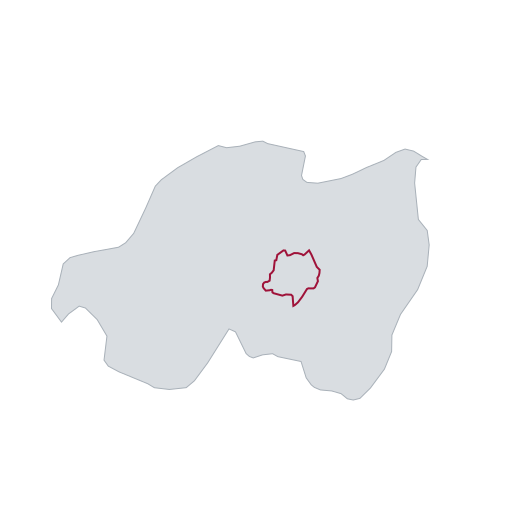 where Kigali City sits in Rwanda, rotated 28°
{"feature_id": "RWA-3495", "entity_name": "Kigali City", "entity_type": "Province", "adm_level": 1, "iso_a3": "RWA", "parent_name": "Rwanda", "parent_adm1": "", "projection": "natural_earth1", "projection_center": [30.091, -1.927], "detail": "coarse", "context": "in_parent", "style": "outline", "palette": "rose", "viewbox_px": 512, "rotation_deg": 28, "n_neighbors": 0, "source": "natural_earth", "source_scale": "10m", "svg_char_len": 1812}
<svg xmlns="http://www.w3.org/2000/svg" viewBox="0 0 512 512"><g transform="rotate(28 256 256)"><path d="M208.1,151.4L213.5,151.3L249.1,141.4L252.7,144.5L258.4,163.6L261.4,166.4L266.4,167.1L276.4,162.7L294.7,147.7L302.7,138.6L312.1,125.9L324.1,111.5L330.8,98.9L337.4,91.6L345.9,89.4L355.5,90.0L362.1,90.2L356.6,93.2L355.5,102.4L361.8,117.1L382.2,147.5L395.2,153.1L403.7,164.9L412.0,184.8L414.5,209.8L411.0,239.7L413.1,262.0L420.6,276.7L422.5,295.6L419.0,318.9L414.6,332.9L409.5,337.5L403.7,339.2L395.8,337.6L386.2,339.6L375.8,344.0L369.2,344.6L365.2,343.8L357.5,340.0L345.3,328.0L322.6,334.6L316.5,334.5L308.2,340.2L301.4,347.3L297.3,347.8L293.1,346.8L273.5,332.6L266.4,333.1L263.5,373.0L260.2,395.1L256.2,405.0L242.2,414.5L228.1,420.0L220.4,419.6L189.5,422.6L177.3,422.6L170.7,419.3L162.0,396.7L145.6,386.7L129.8,382.0L123.4,383.3L117.7,395.1L115.3,405.7L100.1,398.4L95.5,389.5L95.1,374.3L89.5,353.5L92.6,344.7L98.6,338.9L111.2,328.0L130.5,312.8L134.7,305.5L137.4,293.4L136.1,265.3L134.3,241.6L136.6,233.1L145.4,214.8L157.2,196.0L170.9,176.2L179.2,174.2L190.1,166.7L201.7,155.6L208.1,151.4Z" fill="#d9dde1" stroke="#a8b0b8" stroke-width="1"/><path d="M280.9,282.0L277.8,280.8L276.4,279.8L275.4,277.5L275.7,275.6L276.9,274.2L278.2,273.6L279.6,271.4L278.5,268.5L276.9,265.6L277.8,263.4L278.3,260.3L274.7,251.2L275.9,250.2L274.3,245.0L277.6,238.2L279.2,237.5L283.5,240.8L285.6,239.3L288.3,235.5L291.7,233.8L295.7,232.9L297.3,233.2L298.2,231.9L300.2,226.1L304.2,228.7L314.8,237.1L318.7,238.3L320.0,241.2L320.7,243.9L320.5,246.6L322.5,249.2L322.8,256.0L322.0,257.6L317.4,260.0L316.5,261.2L315.9,270.3L314.8,277.2L313.5,280.7L312.4,282.5L307.2,274.3L305.2,273.7L300.5,275.9L297.9,278.6L289.0,280.6L287.6,280.4L286.3,278.4L285.1,278.8L284.2,279.8L280.9,282.0Z" fill="none" stroke="#9f1239" stroke-width="2"/></g></svg>